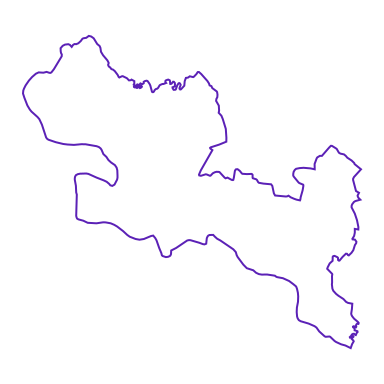 Vinh Loc, Thanh Hóa, Vietnam (Natural Earth projection)
{"feature_id": "81297802B11071874803157", "entity_name": "Vinh Loc", "entity_type": "district", "adm_level": 2, "iso_a3": "VNM", "parent_name": "Vietnam", "parent_adm1": "Thanh Hóa", "projection": "natural_earth1", "projection_center": [105.68, 20.04], "detail": "fine", "context": "isolated", "style": "outline", "palette": "violet", "viewbox_px": 384, "rotation_deg": 0, "n_neighbors": 0, "source": "geoboundaries", "source_scale": "gbopen_adm2", "svg_char_len": 5887}
<svg xmlns="http://www.w3.org/2000/svg" viewBox="0 0 384 384"><path d="M41.9,124.6L46.1,137.4L47.0,138.7L48.4,139.7L55.8,142.2L63.3,144.0L67.4,144.5L73.9,144.9L81.5,144.2L85.7,144.3L96.6,146.2L98.8,147.0L100.6,148.4L101.5,149.7L103.4,154.1L106.4,156.9L108.4,160.0L111.1,162.5L114.9,165.1L116.6,167.6L117.3,170.3L117.5,175.5L117.5,177.6L117.1,179.6L114.5,184.6L112.3,185.9L110.3,185.3L109.2,183.9L106.7,181.8L103.8,180.4L96.6,177.6L88.4,173.9L86.2,173.5L80.0,173.7L77.7,174.2L75.9,175.2L75.1,176.6L74.8,178.1L74.8,179.8L75.9,185.8L76.2,192.4L76.8,194.6L76.2,215.9L76.6,217.5L77.1,218.6L78.5,219.4L83.3,220.7L87.7,222.8L96.5,223.3L103.2,222.3L105.7,222.4L110.7,223.3L114.2,224.8L117.1,226.5L123.1,231.1L127.2,234.9L129.7,236.7L135.6,239.0L139.5,239.7L143.9,239.0L151.1,236.0L153.2,235.6L155.2,238.0L156.5,240.3L159.2,248.0L161.3,253.0L161.9,255.3L162.6,256.0L165.9,257.1L168.1,256.8L169.7,256.1L170.4,255.5L171.0,254.1L171.2,250.5L176.1,248.0L187.2,240.5L189.0,240.1L190.5,240.2L199.4,242.8L202.8,244.1L204.5,244.4L206.2,243.7L206.8,238.2L207.6,236.4L208.3,235.6L209.5,235.0L213.2,234.9L214.8,236.6L217.1,238.7L220.4,240.5L233.3,249.3L235.8,252.1L236.7,255.2L237.7,257.1L243.3,264.6L246.8,268.2L253.3,270.3L256.1,272.8L258.9,274.1L261.8,274.6L267.0,274.5L274.9,275.7L276.0,276.6L277.0,277.1L282.9,278.2L289.1,281.0L293.1,284.0L295.8,286.2L296.3,286.9L297.0,288.8L297.9,292.8L298.2,296.4L298.0,301.8L296.9,307.6L296.7,312.1L297.1,316.6L297.7,318.4L298.8,320.1L300.6,321.2L308.7,323.6L314.6,326.2L316.5,327.6L319.2,331.4L324.6,336.3L325.7,336.8L329.4,336.5L330.2,336.8L334.6,341.0L336.1,342.0L341.1,344.3L345.4,345.5L350.7,348.1L352.1,344.1L353.7,341.4L353.4,340.6L351.7,338.9L351.8,338.4L353.4,336.9L353.5,336.5L353.2,336.1L352.3,336.4L350.4,337.7L350.0,337.7L349.8,337.1L351.1,335.9L351.9,334.5L353.1,333.8L354.1,333.8L355.4,335.0L355.8,335.1L356.8,332.8L357.6,332.0L357.4,331.2L354.6,330.3L354.6,328.4L353.1,327.3L353.0,326.6L353.9,326.2L355.5,327.2L356.0,327.3L356.3,326.7L356.0,325.3L356.4,324.4L357.1,323.7L358.4,323.9L358.7,323.0L357.9,321.9L354.1,318.7L352.2,316.3L351.4,314.7L351.2,313.6L351.9,309.1L352.3,303.7L348.0,302.9L346.1,301.9L343.4,299.0L338.5,295.8L336.1,293.9L333.3,290.8L332.4,288.7L331.9,284.4L332.1,282.4L332.0,276.1L332.3,274.2L332.0,273.7L327.2,268.8L327.7,267.3L329.7,263.4L332.6,260.8L332.7,256.9L333.3,256.1L334.6,255.9L337.4,257.2L338.0,257.9L338.1,260.0L338.8,260.6L339.5,260.6L342.6,256.9L345.9,253.7L347.0,253.8L348.0,255.1L348.8,255.4L351.5,252.8L353.3,250.2L354.9,245.1L356.2,243.1L356.4,241.7L354.9,239.6L352.6,239.4L352.4,238.8L354.1,236.0L354.8,232.7L354.8,228.9L358.3,229.5L358.4,227.1L357.0,220.2L354.8,213.6L351.6,207.4L351.6,205.9L352.1,204.4L353.9,202.0L355.3,201.1L360.3,199.7L358.5,197.9L357.8,196.6L357.6,195.5L359.0,192.8L356.0,191.0L353.1,180.0L353.1,178.8L354.0,177.0L361.0,169.3L354.6,164.1L354.2,163.0L351.6,160.5L347.3,157.7L345.8,155.9L344.0,154.4L340.4,153.6L338.9,152.7L336.7,148.9L335.7,148.2L332.0,145.9L330.9,145.8L329.2,147.5L321.9,155.9L319.8,155.9L317.3,157.4L316.7,158.3L314.6,164.0L314.7,169.3L310.5,168.4L303.6,167.8L299.6,168.1L296.1,168.8L294.8,169.9L293.7,171.7L293.3,173.5L293.2,175.3L293.6,176.4L298.5,182.4L299.2,183.0L303.2,184.7L303.4,185.8L302.6,190.4L300.7,197.1L300.3,199.7L300.0,200.4L296.4,199.6L293.9,198.7L290.7,197.3L288.5,195.7L287.0,196.4L285.7,196.5L275.1,195.5L273.9,193.4L272.3,185.9L271.1,184.3L263.4,183.6L258.9,182.8L258.2,182.2L256.9,179.9L256.2,179.3L252.8,178.2L252.6,177.7L252.6,174.9L252.1,174.2L251.5,173.9L247.0,174.1L242.4,173.8L241.8,173.4L239.8,170.9L237.6,169.2L236.0,169.3L235.3,170.1L234.9,170.9L233.9,177.4L233.3,179.9L232.9,180.1L231.7,179.9L227.5,177.6L225.6,178.3L224.6,177.6L219.5,172.1L218.6,171.9L216.5,171.8L214.7,172.3L212.8,173.3L210.6,175.6L210.0,175.8L206.8,174.5L205.7,174.3L200.9,175.8L199.2,175.4L199.0,174.6L200.8,170.4L212.4,150.1L210.3,148.5L210.1,147.9L210.8,147.3L219.2,144.6L226.3,141.7L226.4,137.8L225.8,128.9L222.8,119.1L221.4,115.7L218.7,112.8L219.1,110.6L218.8,105.6L216.1,100.9L216.4,98.9L217.3,97.2L217.5,94.7L217.1,92.1L216.7,91.4L212.3,88.1L211.4,86.1L209.6,85.4L209.0,83.5L207.4,81.0L201.2,74.0L198.9,72.0L197.7,72.1L196.4,74.1L193.9,76.7L193.1,77.1L189.8,76.3L188.0,77.6L185.9,77.9L184.7,81.2L184.3,85.7L181.0,89.3L180.2,89.5L179.5,88.7L179.6,87.8L180.7,84.9L180.0,83.5L179.3,83.1L178.6,83.3L177.2,85.4L175.8,89.4L175.1,89.8L173.6,89.8L172.6,88.2L172.5,87.3L174.8,86.4L175.0,84.5L174.8,82.9L173.9,81.8L173.1,81.7L171.5,83.7L170.7,84.0L170.2,83.9L170.0,81.1L169.7,80.3L168.3,79.6L167.3,79.8L165.7,80.5L165.4,81.0L165.4,82.2L166.1,83.0L163.4,84.0L162.4,84.0L160.2,84.9L159.5,85.5L158.1,87.9L157.2,88.7L156.2,88.9L155.4,89.4L154.6,90.2L153.9,91.6L153.3,92.1L152.8,92.2L152.0,91.8L150.3,85.5L149.5,83.8L147.6,81.1L146.7,80.7L145.1,81.0L143.7,81.8L143.7,83.3L142.6,84.0L141.8,84.1L140.5,83.4L140.2,83.6L139.6,85.0L139.6,85.9L140.1,86.1L141.5,86.0L141.9,86.6L141.6,87.2L140.7,87.8L139.9,88.1L138.7,86.8L137.4,87.9L136.6,87.9L136.1,87.4L136.1,86.7L137.3,85.6L138.5,85.9L139.0,85.4L139.0,84.9L137.3,84.4L135.7,86.1L135.1,87.4L134.6,87.4L134.0,87.0L133.9,86.5L134.5,85.1L134.4,84.7L133.8,84.5L134.3,83.5L134.3,81.1L131.5,79.6L130.8,80.2L129.0,80.4L126.9,78.2L122.8,76.2L122.1,76.2L119.3,77.5L118.7,77.0L117.6,74.8L114.8,71.1L113.0,69.6L111.7,69.2L110.8,68.5L110.4,67.6L108.8,66.5L108.1,64.9L108.7,63.0L108.4,62.3L107.4,60.4L103.1,55.3L101.0,51.8L100.4,47.8L99.6,46.0L97.2,44.0L93.7,38.3L91.2,36.5L88.8,35.9L86.3,37.8L83.3,38.3L82.4,38.8L80.8,41.0L78.3,43.3L76.1,44.2L74.8,44.0L74.0,44.3L73.0,45.0L71.7,46.9L69.9,44.9L68.3,44.2L65.0,44.6L62.7,45.8L60.6,48.2L60.7,51.2L61.0,52.9L61.8,54.5L61.7,56.3L53.9,69.2L51.4,72.4L50.4,72.9L49.3,72.8L46.6,71.9L43.4,72.7L38.7,72.4L35.9,73.7L32.1,77.0L28.9,80.6L25.6,85.4L24.0,88.6L23.3,90.5L23.0,93.5L24.4,97.8L27.4,105.5L29.8,109.5L31.5,111.6L37.5,117.0L39.3,119.1L41.9,124.6Z" fill="none" stroke="#5b21b6" stroke-width="2"/></svg>